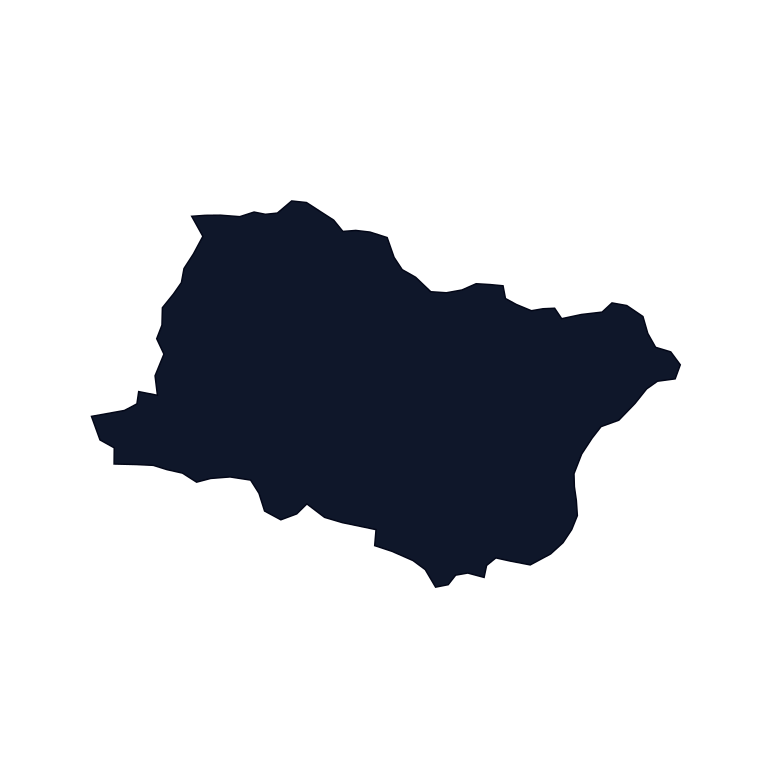 Antônio Prado de Minas, Minas Gerais, Brazil, rotated 164°
{"feature_id": "56859067B53819795798567", "entity_name": "Antônio Prado de Minas", "entity_type": "district", "adm_level": 2, "iso_a3": "BRA", "parent_name": "Brazil", "parent_adm1": "Minas Gerais", "projection": "mercator", "projection_center": [-42.153, -21.024], "detail": "fine", "context": "isolated", "style": "filled", "palette": "ink", "viewbox_px": 768, "rotation_deg": 164, "n_neighbors": 0, "source": "geoboundaries", "source_scale": "gbopen_adm2", "svg_char_len": 1393}
<svg xmlns="http://www.w3.org/2000/svg" viewBox="0 0 768 768"><g transform="rotate(164 384 384)"><path d="M341.1,170.5L335.4,181.3L324.4,186.0L310.9,178.7L293.3,169.8L270.7,174.7L255.7,182.1L243.7,192.3L234.4,204.2L231.2,219.1L229.3,232.8L226.1,245.4L213.3,262.2L198.9,274.6L187.1,283.2L168.2,284.5L148.1,296.1L132.9,306.9L120.4,311.3L102.7,308.7L93.9,320.8L99.5,335.8L112.8,344.4L116.5,359.9L116.5,377.5L129.0,392.5L142.5,399.1L154.5,393.0L175.1,396.4L195.2,397.8L199.1,409.8L210.4,412.5L222.1,413.8L234.9,424.0L243.7,432.7L242.5,445.6L254.5,450.3L267.8,455.0L283.2,452.9L298.9,454.5L313.6,459.8L324.2,477.9L335.0,488.9L339.4,502.9L340.6,523.9L355.6,533.9L368.8,539.4L381.5,542.0L387.2,555.4L398.5,568.3L408.5,579.8L422.3,585.4L439.4,577.7L451.2,579.8L461.5,585.1L476.5,584.6L494.8,591.4L509.3,595.4L522.6,598.2L517.4,575.9L531.4,561.5L544.4,550.2L550.8,537.3L561.5,528.6L576.0,518.4L581.2,501.8L590.0,490.2L587.3,473.4L601.8,455.0L604.9,435.6L621.9,444.3L627.0,433.0L640.8,430.1L674.1,433.5L672.4,408.5L660.9,397.0L665.5,381.5L644.4,374.9L628.2,369.4L616.2,361.5L602.3,353.9L591.2,341.3L576.7,341.0L557.6,337.1L538.7,328.4L534.3,313.4L533.8,294.8L520.6,281.9L503.7,283.2L491.2,290.0L477.9,272.2L462.2,262.2L431.8,246.2L437.5,231.2L422.5,221.0L404.8,206.3L395.5,194.2L390.4,174.5L377.6,173.4L367.8,180.5L355.6,179.2L341.1,170.5Z" fill="#0f172a" stroke="#020617" stroke-width="1.5"/></g></svg>